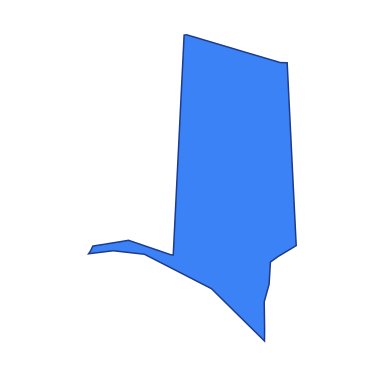 La Pearle, Soufrière, Saint Lucia (orthographic projection), rotated 353°
{"feature_id": "8701671B37327912911660", "entity_name": "La Pearle", "entity_type": "district", "adm_level": 2, "iso_a3": "LCA", "parent_name": "Saint Lucia", "parent_adm1": "Soufrière", "projection": "orthographic", "projection_center": [-61.048, 13.857], "detail": "fine", "context": "isolated", "style": "filled", "palette": "blue", "viewbox_px": 384, "rotation_deg": 353, "n_neighbors": 0, "source": "geoboundaries", "source_scale": "gbopen_adm2", "svg_char_len": 486}
<svg xmlns="http://www.w3.org/2000/svg" viewBox="0 0 384 384"><g transform="rotate(353 192 192)"><path d="M203.3,35.3L165.7,252.2L165.1,252.1L163.1,251.6L123.1,232.2L114.1,232.6L87.0,233.6L84.0,238.3L81.8,240.7L106.6,240.7L137.2,248.0L199.6,290.4L245.8,348.7L247.4,336.5L250.3,309.8L253.0,303.3L257.3,292.9L261.3,271.1L269.6,266.5L285.1,259.6L288.9,257.9L289.5,249.7L302.2,75.3L295.4,74.3L259.5,58.7L205.8,35.3L203.3,35.3Z" fill="#3b82f6" stroke="#1e3a8a" stroke-width="1.5"/></g></svg>